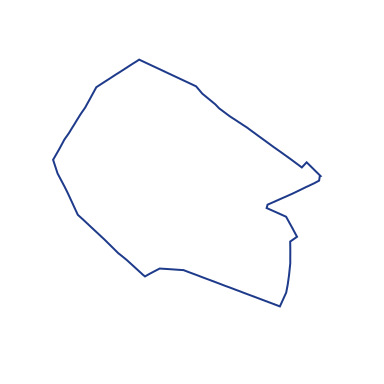 Santa Ana Zegache, Oaxaca, Mexico (Equal Earth projection), rotated 129°
{"feature_id": "50627088B25823982981856", "entity_name": "Santa Ana Zegache", "entity_type": "district", "adm_level": 2, "iso_a3": "MEX", "parent_name": "Mexico", "parent_adm1": "Oaxaca", "projection": "equal_earth", "projection_center": [-96.738, 16.839], "detail": "fine", "context": "isolated", "style": "outline", "palette": "blue", "viewbox_px": 384, "rotation_deg": 129, "n_neighbors": 0, "source": "geoboundaries", "source_scale": "gbopen_adm2", "svg_char_len": 2049}
<svg xmlns="http://www.w3.org/2000/svg" viewBox="0 0 384 384"><g transform="rotate(129 192 192)"><path d="M98.7,102.1L98.2,107.0L98.0,109.6L97.8,111.2L97.6,113.1L97.5,114.1L97.0,119.4L96.8,121.6L103.8,122.1L104.3,134.1L104.3,134.4L104.5,138.0L104.9,144.7L105.4,152.8L105.7,157.1L106.4,171.4L106.7,176.9L106.7,177.7L106.8,178.8L106.8,180.0L106.9,180.8L106.9,181.9L107.0,182.7L107.0,183.6L107.1,184.7L107.1,185.9L107.2,186.9L107.2,187.6L107.2,188.3L107.3,189.8L107.3,190.2L107.4,191.0L107.7,193.7L107.8,194.8L107.9,195.6L108.0,197.0L108.1,198.0L108.2,198.7L108.3,199.4L108.4,200.6L108.5,202.0L108.7,203.5L108.7,204.2L108.8,204.9L109.0,206.5L109.2,208.4L109.4,210.5L109.6,215.7L109.7,218.8L109.9,223.4L109.9,223.6L109.5,226.8L109.2,229.1L109.2,229.9L109.2,231.2L109.1,243.2L109.1,245.6L109.1,245.9L107.3,255.3L108.7,261.0L122.4,316.4L124.8,317.1L129.3,318.7L134.5,320.4L144.9,323.8L146.3,324.3L148.3,325.0L157.6,328.0L162.4,329.6L170.8,332.3L181.7,330.3L182.7,330.1L191.8,328.5L193.1,328.2L194.3,328.1L199.9,327.7L203.1,327.4L204.4,327.2L208.6,326.7L212.1,326.2L212.9,326.1L213.7,326.0L217.1,325.6L220.1,325.2L223.6,324.7L224.0,324.7L227.9,324.4L228.8,324.4L229.9,324.3L230.8,324.2L231.7,324.2L232.0,324.1L242.0,322.2L254.4,320.2L262.2,308.1L268.0,294.5L271.1,287.7L281.6,266.4L282.0,259.0L282.4,253.4L282.5,251.7L282.6,251.1L284.0,230.5L286.0,210.3L285.9,209.8L285.9,200.2L286.6,188.1L287.1,179.5L287.2,178.8L287.2,175.4L282.6,173.6L282.4,173.5L277.9,171.6L272.2,169.1L271.9,169.0L269.8,166.1L265.2,159.6L258.9,150.6L258.1,149.6L256.7,145.3L253.2,134.9L251.4,129.3L247.1,116.5L245.6,111.9L244.6,108.8L243.6,105.8L242.7,103.3L240.2,95.7L238.9,91.9L238.2,89.6L237.4,87.2L225.6,51.7L210.9,55.5L203.8,59.3L195.8,64.1L185.5,70.8L182.2,73.5L176.2,78.3L168.7,84.5L160.7,82.2L158.0,88.7L157.5,89.8L152.0,103.3L156.7,121.0L157.5,123.9L154.3,125.3L141.2,118.6L136.2,116.0L130.1,112.9L121.4,108.8L116.2,106.4L114.5,105.5L110.9,103.8L110.5,103.6L108.9,102.8L105.1,101.2L103.2,100.4L99.5,102.5L98.7,102.1Z" fill="none" stroke="#1e3a8a" stroke-width="2"/></g></svg>